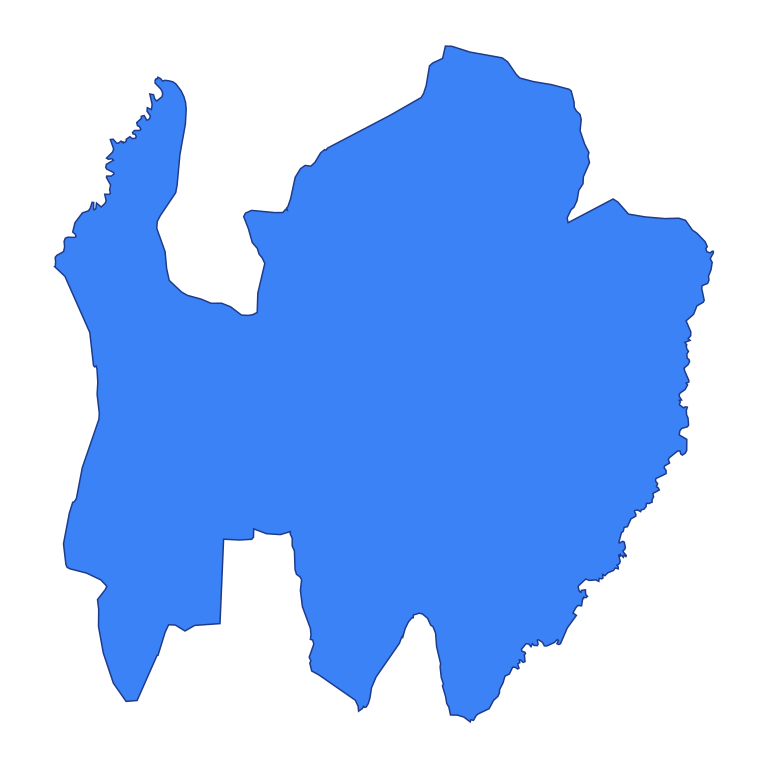 Kibaha Urban, Pwani, United Republic of Tanzania (Robinson projection)
{"feature_id": "72390352B56720706839933", "entity_name": "Kibaha Urban", "entity_type": "district", "adm_level": 2, "iso_a3": "TZA", "parent_name": "United Republic of Tanzania", "parent_adm1": "Pwani", "projection": "robinson", "projection_center": [38.935, -6.691], "detail": "fine", "context": "isolated", "style": "filled", "palette": "blue", "viewbox_px": 768, "rotation_deg": 0, "n_neighbors": 0, "source": "geoboundaries", "source_scale": "gbopen_adm2", "svg_char_len": 6048}
<svg xmlns="http://www.w3.org/2000/svg" viewBox="0 0 768 768"><path d="M707.3,246.7L705.1,241.7L696.9,233.2L692.4,230.1L685.5,220.3L678.8,218.2L664.9,218.6L645.1,216.9L628.5,214.1L617.7,201.9L613.1,199.0L568.1,222.7L567.1,217.9L571.1,209.7L573.9,207.3L577.0,200.6L578.8,190.2L583.0,183.8L583.4,176.7L589.5,162.6L588.0,156.5L588.9,152.5L584.6,144.0L580.1,130.7L581.2,119.6L580.0,114.4L576.4,111.0L574.2,107.2L574.1,102.2L571.2,91.0L569.2,89.3L551.4,84.6L533.4,81.6L519.8,78.0L516.2,74.4L507.7,61.9L502.2,57.9L469.6,52.0L451.9,46.3L445.4,46.1L442.6,58.4L432.7,63.0L429.5,65.9L426.2,85.5L423.7,93.2L421.2,97.5L390.3,115.2L327.5,148.1L326.0,150.1L324.6,149.6L320.6,152.9L315.0,162.3L310.8,166.2L305.2,165.4L300.5,168.7L295.2,177.3L290.6,198.7L287.9,206.6L286.7,208.0L287.3,210.1L285.6,209.3L282.9,212.5L274.7,212.6L251.6,210.4L245.5,213.1L243.7,216.6L248.4,228.7L252.3,242.6L257.4,248.5L259.0,254.0L262.4,258.2L264.8,263.5L257.8,293.2L257.2,312.4L253.0,314.6L248.4,315.4L241.5,315.1L230.6,306.8L221.6,303.2L211.1,303.3L201.4,299.2L187.5,295.4L181.5,292.0L169.2,280.4L166.6,268.4L165.1,251.7L156.8,228.5L157.2,221.6L160.3,215.6L175.7,192.7L177.1,185.2L179.9,154.7L185.4,124.0L186.2,109.2L185.6,102.7L183.9,96.7L181.1,90.8L175.9,83.9L172.9,81.8L168.8,80.8L164.9,80.3L162.7,81.2L160.7,78.7L157.9,77.2L157.3,78.8L156.2,78.7L155.1,80.2L155.1,83.1L160.7,88.9L162.1,91.4L162.7,94.1L161.9,96.8L156.7,101.0L154.7,98.9L153.5,94.7L149.8,94.0L152.1,104.3L151.8,107.2L151.4,109.6L147.3,107.7L147.0,111.1L150.1,115.6L150.2,117.4L148.6,119.6L146.8,120.2L144.1,115.5L141.3,116.3L141.3,118.5L136.7,122.6L137.5,125.8L139.2,126.3L140.9,129.3L139.8,130.4L134.4,130.5L132.5,132.6L133.0,133.9L135.2,134.4L136.2,136.5L135.6,138.2L132.3,138.6L129.9,136.7L126.2,139.3L126.3,141.1L125.2,142.1L123.5,142.6L122.6,141.3L122.8,142.6L121.1,141.1L118.3,143.2L116.6,143.1L113.1,139.2L110.3,139.5L113.6,148.8L112.7,152.0L106.5,158.1L108.4,159.3L111.8,158.7L113.5,160.2L106.4,164.3L105.7,167.3L106.7,169.1L113.7,172.6L113.9,174.0L111.3,176.1L106.7,176.1L106.4,177.3L110.6,185.1L109.6,189.7L110.4,193.4L108.8,194.4L104.7,194.2L106.1,200.6L105.2,203.2L101.2,207.0L96.5,203.0L95.9,208.4L94.3,209.9L93.6,209.3L93.7,202.5L92.1,202.3L90.3,208.2L88.3,210.9L82.4,212.9L75.0,222.7L72.7,232.0L75.4,234.4L76.0,236.7L74.6,237.4L67.7,237.2L65.3,238.2L64.1,241.4L64.6,247.0L63.6,251.5L56.8,255.4L55.2,257.4L55.6,262.2L55.3,266.3L54.6,266.6L64.9,276.3L89.8,332.5L93.5,365.5L94.7,366.9L96.1,366.0L97.0,369.1L97.8,382.4L97.1,394.3L99.3,413.4L98.9,419.3L82.3,467.6L76.4,498.5L74.4,501.6L72.7,502.3L69.3,513.3L63.5,543.8L65.9,564.5L67.1,567.3L69.9,568.8L86.6,573.1L100.8,579.9L106.8,586.2L105.3,589.6L97.5,599.6L98.7,609.2L98.5,626.4L103.3,653.0L113.4,683.2L126.1,701.4L137.1,700.5L157.0,655.5L158.0,655.3L165.1,632.3L168.6,624.8L175.3,625.0L185.0,631.0L194.7,625.4L220.0,623.6L223.6,539.2L239.5,540.0L251.7,539.3L253.5,537.2L253.7,528.9L266.6,533.7L280.4,534.6L290.3,531.6L290.2,533.8L292.2,538.3L292.2,545.9L294.4,550.9L295.1,569.9L296.5,574.3L300.0,576.9L301.6,579.6L300.4,590.3L302.4,606.6L310.4,628.4L311.0,634.6L310.4,639.4L312.7,640.0L313.8,644.1L309.2,657.2L310.9,660.9L309.8,663.1L311.7,671.0L318.4,674.6L355.3,700.2L358.1,706.2L358.6,711.2L362.5,708.4L363.5,706.4L364.4,707.3L366.2,707.0L368.2,703.7L369.9,698.2L371.5,687.8L376.1,676.9L399.4,643.3L401.2,638.3L402.2,636.6L402.7,637.3L405.2,628.5L408.4,622.0L411.7,618.0L413.2,617.8L413.4,615.0L419.2,613.2L422.4,613.9L427.6,618.3L430.7,625.1L433.1,626.8L435.6,633.3L436.6,646.7L440.6,663.6L440.1,666.9L441.3,677.7L443.5,684.1L442.4,685.7L445.6,696.6L446.7,703.3L448.9,707.3L450.5,715.0L457.3,715.1L463.9,717.1L470.2,721.9L470.8,719.8L473.5,720.3L476.3,715.4L478.2,713.9L489.1,708.7L493.6,700.3L497.9,696.4L499.4,693.0L499.6,689.6L503.0,682.9L505.0,676.1L509.4,674.0L512.6,667.3L515.0,667.2L517.8,669.0L519.0,668.2L517.9,664.8L518.0,663.6L519.9,662.6L519.3,659.9L520.7,660.0L523.1,662.4L525.0,661.6L524.4,654.8L525.5,653.5L525.0,652.3L521.8,651.1L521.5,649.2L526.1,643.7L528.8,644.0L531.0,646.7L532.4,643.6L534.0,645.4L537.3,645.6L538.1,644.2L537.3,640.1L538.4,639.7L542.4,642.3L544.4,645.9L546.9,645.9L554.4,642.5L557.2,639.6L558.4,640.4L556.9,643.7L558.9,644.5L560.5,643.7L567.3,627.9L576.4,615.4L573.0,612.9L575.6,608.1L577.7,605.5L581.6,605.8L582.7,598.6L583.6,598.6L583.6,597.3L586.1,597.6L587.5,596.3L585.7,594.6L585.4,589.8L581.3,590.4L581.0,592.3L579.3,591.4L578.1,586.7L579.0,585.3L585.8,579.0L589.1,580.4L595.7,579.9L598.8,581.4L599.2,578.4L602.0,578.8L603.0,577.9L602.7,574.5L604.9,575.7L607.8,572.8L613.4,570.5L615.2,568.0L618.3,568.8L618.0,566.2L616.9,565.3L619.5,563.5L620.2,561.5L618.7,555.1L620.2,554.4L620.2,556.2L621.9,555.4L623.2,557.3L624.1,555.4L625.9,556.6L626.3,555.5L623.3,552.0L623.2,550.6L624.6,549.6L625.4,547.4L624.2,542.0L622.8,541.3L619.3,543.0L618.9,542.2L621.4,532.8L623.3,531.2L624.1,527.4L627.4,526.7L631.0,518.8L635.8,516.1L635.9,514.3L634.4,511.5L635.0,510.4L637.8,510.1L640.6,511.6L641.2,510.0L644.2,509.0L646.0,506.7L646.5,503.3L648.9,503.5L652.1,502.2L652.1,499.6L653.6,496.8L652.8,493.5L659.3,490.0L658.2,487.8L656.4,486.7L657.6,483.7L655.6,481.2L655.8,478.6L666.1,473.6L666.1,470.5L664.1,467.7L664.7,465.9L669.6,463.0L668.3,459.6L669.2,457.8L677.7,451.0L679.9,451.0L680.8,454.0L682.3,455.1L685.2,453.2L686.7,450.5L686.8,439.4L679.2,434.9L679.9,430.7L681.6,428.5L687.4,426.8L688.6,425.0L688.0,417.9L686.6,415.0L686.3,410.6L687.3,407.1L685.0,406.9L683.7,407.9L679.3,404.7L680.3,401.9L679.2,400.3L681.6,400.0L679.4,396.7L679.1,394.8L680.0,393.2L685.1,389.5L687.6,384.9L686.1,383.1L688.7,382.2L688.9,380.6L684.6,370.8L684.3,368.1L683.4,368.7L688.1,364.6L689.6,361.4L688.9,359.4L687.2,358.2L686.8,354.1L688.5,351.3L686.8,349.0L686.2,345.5L686.8,344.9L684.8,342.4L690.1,340.4L688.1,338.7L690.7,335.7L690.8,331.9L686.1,320.8L693.6,314.3L696.9,305.9L703.3,302.2L704.2,300.3L701.7,288.3L702.1,285.7L707.6,283.4L709.0,280.1L708.5,276.2L711.0,269.8L712.2,262.4L710.2,258.7L713.4,252.8L713.3,251.3L712.2,251.2L710.1,252.9L706.8,251.7L705.8,248.5L707.3,246.7Z" fill="#3b82f6" stroke="#1e3a8a" stroke-width="1.5"/></svg>